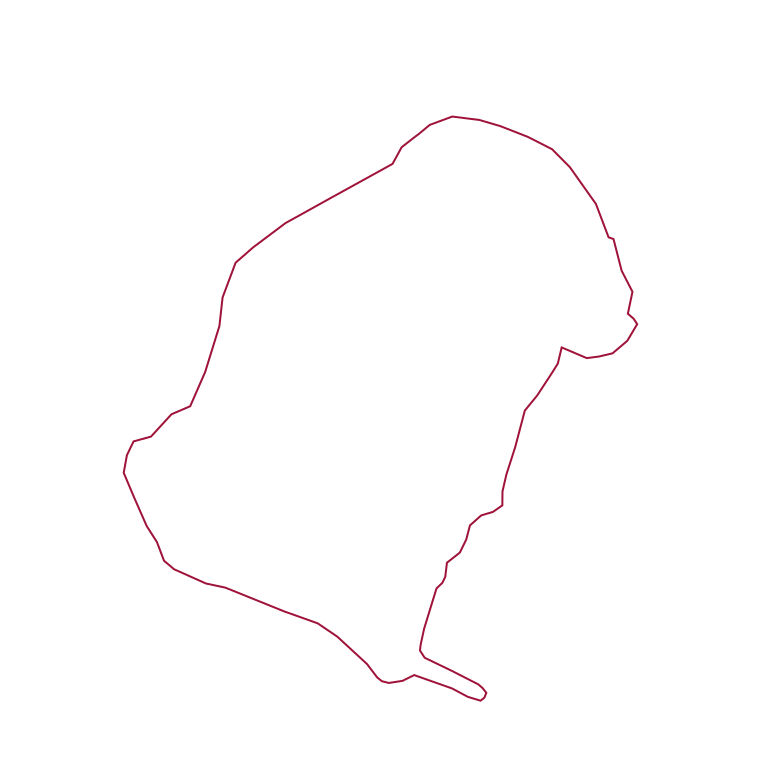 outline of Romanum, Federated States of Micronesia, rotated 289°
{"feature_id": "79324940B2469111888954", "entity_name": "Romanum", "entity_type": "district", "adm_level": 2, "iso_a3": "FSM", "parent_name": "Federated States of Micronesia", "parent_adm1": "", "projection": "equal_earth", "projection_center": [151.668, 7.411], "detail": "fine", "context": "isolated", "style": "outline", "palette": "rose", "viewbox_px": 768, "rotation_deg": 289, "n_neighbors": 0, "source": "geoboundaries", "source_scale": "gbopen_adm2", "svg_char_len": 1174}
<svg xmlns="http://www.w3.org/2000/svg" viewBox="0 0 768 768"><g transform="rotate(289 384 384)"><path d="M278.3,511.3L291.4,518.7L298.6,528.7L307.8,535.4L321.0,531.0L338.2,529.2L367.1,528.6L404.7,525.8L423.1,532.6L448.7,539.1L459.9,541.7L476.4,540.1L474.5,567.3L479.9,578.2L487.4,590.1L504.1,600.0L523.0,603.9L527.0,598.8L529.8,591.7L552.1,588.9L568.5,571.8L595.8,553.8L595.8,548.6L623.2,525.8L649.5,489.2L660.7,466.5L664.5,439.4L665.7,409.8L664.7,388.2L659.1,361.5L643.9,342.9L631.9,335.6L625.2,331.1L613.6,323.6L594.9,320.4L543.8,274.2L504.0,238.4L470.6,215.8L450.4,204.2L413.3,203.2L385.2,209.5L337.1,211.0L299.9,208.0L286.2,192.9L258.4,180.8L248.2,165.9L233.0,164.1L215.3,166.8L196.0,184.1L172.4,205.9L160.6,220.8L145.3,233.5L140.5,245.8L137.4,280.5L139.8,300.3L136.5,363.3L136.1,399.3L129.9,422.1L113.7,459.1L104.4,473.0L102.3,478.7L102.9,485.9L106.2,492.2L109.4,498.2L118.6,507.3L118.3,547.4L115.5,565.0L116.0,578.4L120.0,581.0L125.3,581.3L128.6,576.2L130.7,571.0L134.9,541.1L138.4,511.6L143.7,504.8L149.0,503.6L165.6,501.6L207.8,500.2L215.0,503.9L221.6,504.7L235.5,501.7L249.3,510.6L263.8,512.4L278.3,511.3Z" fill="none" stroke="#9f1239" stroke-width="2"/></g></svg>